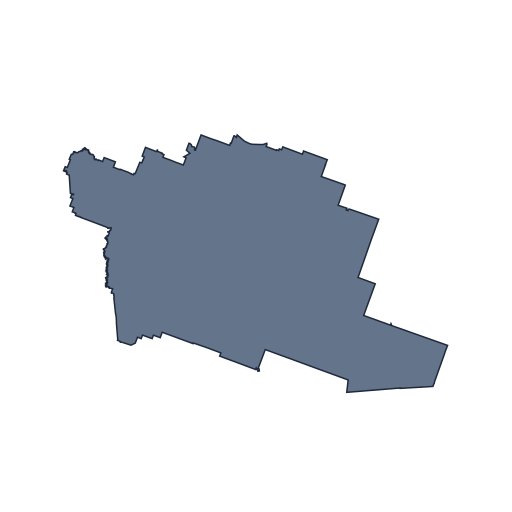 Bland, New South Wales, Australia (Robinson projection), rotated 192°
{"feature_id": "25037944B54195415642362", "entity_name": "Bland", "entity_type": "district", "adm_level": 2, "iso_a3": "AUS", "parent_name": "Australia", "parent_adm1": "New South Wales", "projection": "robinson", "projection_center": [147.412, -33.919], "detail": "fine", "context": "isolated", "style": "filled", "palette": "slate", "viewbox_px": 512, "rotation_deg": 192, "n_neighbors": 0, "source": "geoboundaries", "source_scale": "gbopen_adm2", "svg_char_len": 6077}
<svg xmlns="http://www.w3.org/2000/svg" viewBox="0 0 512 512"><g transform="rotate(192 256 256)"><path d="M55.8,165.2L55.5,167.5L55.2,168.3L55.2,170.3L51.5,197.8L51.0,202.2L50.0,208.4L109.4,216.2L109.3,217.2L109.9,217.9L110.1,216.3L138.3,220.2L133.6,253.6L151.7,256.2L146.7,295.6L143.6,317.5L174.2,321.3L174.8,321.2L175.3,320.9L175.5,320.3L175.6,319.5L177.3,319.8L177.0,321.6L186.2,322.7L183.4,343.9L184.1,344.1L208.7,347.3L207.0,359.5L207.2,359.4L206.3,365.0L231.3,368.6L231.8,365.2L252.5,368.3L253.0,365.3L255.5,365.6L255.7,363.9L257.9,364.2L258.0,363.6L268.9,365.2L268.5,367.6L268.9,368.5L271.8,366.8L273.1,366.3L281.7,364.7L283.7,364.5L285.3,364.5L291.1,365.9L299.6,370.5L299.8,367.9L301.9,369.1L302.6,368.9L303.7,361.0L304.5,361.1L304.8,358.7L318.2,360.7L324.6,361.4L334.9,363.0L337.3,346.9L337.5,346.8L338.2,346.9L338.2,348.5L338.9,349.7L341.7,349.7L342.0,350.8L342.3,351.3L343.7,352.2L345.0,352.4L346.1,345.0L342.0,342.7L347.2,338.0L344.8,337.5L346.0,329.9L354.5,331.1L360.1,332.1L367.5,333.1L367.1,336.1L369.4,336.5L369.3,337.1L373.6,337.8L374.3,338.5L374.4,339.2L374.6,339.2L375.0,337.4L386.7,339.3L388.1,330.0L385.9,329.6L386.4,326.4L386.6,326.5L387.1,323.3L389.1,323.5L391.3,311.4L391.5,311.2L392.5,311.4L392.9,309.9L395.0,310.2L395.0,310.6L397.2,310.9L397.6,311.2L406.9,312.6L407.0,312.1L413.9,313.2L413.1,318.9L425.0,320.7L425.7,316.5L429.9,317.2L430.0,316.7L432.1,317.1L432.1,317.4L432.5,317.6L432.7,317.4L432.8,317.1L433.6,316.7L433.8,317.4L434.3,317.3L434.6,317.5L434.5,317.9L434.9,318.9L434.6,319.4L434.8,319.8L435.2,319.8L435.7,320.1L436.1,321.0L436.9,321.4L438.0,321.0L438.8,321.1L439.0,321.5L439.5,321.3L439.7,321.5L440.0,321.5L440.3,321.7L440.0,322.3L440.3,322.7L440.6,322.7L440.7,322.2L440.9,322.1L441.6,323.1L441.6,323.4L441.3,323.6L441.5,324.1L441.9,324.3L441.7,324.6L441.9,324.9L442.4,324.8L442.9,324.9L443.0,324.6L443.6,324.6L443.5,325.0L443.9,325.0L444.3,324.8L444.4,325.3L444.6,325.2L444.5,325.4L445.0,325.6L445.5,326.2L445.8,326.0L446.2,326.1L446.1,325.5L446.6,325.3L446.3,324.9L446.5,324.4L447.0,324.5L447.1,324.0L447.6,324.1L447.4,323.7L447.6,323.5L447.6,323.0L447.9,323.2L448.1,322.9L448.5,323.0L449.0,322.7L449.1,322.1L449.5,322.0L449.8,321.6L450.6,321.5L451.1,321.1L451.4,320.5L452.4,319.8L453.3,319.7L453.9,320.1L454.5,320.2L454.6,319.5L454.8,319.4L455.2,319.6L455.2,320.0L455.4,320.3L456.0,320.2L456.4,317.3L457.8,317.1L458.8,311.8L457.6,311.6L459.0,303.4L461.2,303.7L462.0,299.3L460.4,299.0L460.2,300.0L459.2,299.8L459.4,298.8L458.1,298.6L458.4,296.8L455.5,296.2L450.6,278.8L447.3,278.5L447.5,277.8L449.1,278.0L449.6,274.5L447.1,274.1L448.4,266.2L444.2,265.6L444.9,261.0L441.6,260.5L441.7,260.1L440.8,259.9L441.0,258.2L437.5,257.6L437.5,257.9L435.6,257.6L435.6,257.3L407.1,253.0L406.7,252.3L405.4,252.7L405.5,252.9L403.6,253.5L403.4,252.0L403.8,251.5L403.5,251.3L403.5,251.0L404.5,250.2L404.4,249.7L404.8,249.5L404.8,249.0L405.9,248.9L405.8,248.5L404.8,248.4L404.3,247.8L404.4,246.9L404.8,246.4L404.7,246.0L404.8,245.4L405.0,245.0L405.6,244.9L405.1,244.4L405.8,244.0L405.9,243.4L406.8,243.3L406.7,242.5L406.8,242.3L407.4,242.1L407.2,241.8L406.6,241.6L406.4,242.1L406.2,242.2L405.9,241.8L406.0,241.2L405.8,241.2L405.3,241.8L404.9,241.7L404.8,240.6L405.1,240.1L404.9,239.8L404.4,239.9L403.6,238.3L403.7,237.5L404.3,237.2L404.2,236.9L403.8,236.5L404.1,236.2L404.0,235.5L404.4,235.1L404.3,234.4L404.6,234.1L404.6,233.6L404.3,233.3L404.7,233.0L405.1,232.2L405.7,232.1L406.0,231.5L406.6,231.4L406.8,231.0L406.6,230.5L406.2,230.5L405.7,230.2L405.5,229.7L404.7,229.2L404.9,228.8L404.9,228.4L405.0,228.2L405.7,228.2L405.8,228.0L405.7,227.7L405.2,227.6L404.8,226.9L405.3,226.3L405.1,225.9L404.8,225.9L404.6,225.6L404.9,224.7L404.7,224.6L403.9,224.8L403.7,224.4L404.4,224.1L404.3,223.8L403.9,223.5L402.9,223.3L402.6,223.7L402.4,223.5L402.5,223.2L403.1,222.7L402.7,222.4L402.5,221.7L402.2,221.6L402.0,221.9L402.4,222.3L401.9,222.5L401.6,222.8L401.2,222.7L401.3,223.1L399.9,223.0L399.9,222.5L399.4,222.4L399.5,221.9L399.4,221.7L400.1,221.4L400.0,221.0L399.8,221.0L399.8,220.7L400.2,220.6L400.5,220.3L400.0,220.2L400.3,219.7L400.1,219.4L399.6,219.7L399.5,219.2L399.8,219.0L400.6,219.0L400.7,218.5L400.3,217.8L400.6,217.3L400.2,217.2L399.8,217.6L399.6,217.6L399.5,216.9L399.9,217.0L400.1,216.7L399.3,216.4L399.9,215.9L399.7,215.5L399.7,214.9L399.1,215.4L398.9,215.2L399.1,214.7L399.5,214.3L399.8,214.7L400.0,214.5L399.9,214.1L399.6,214.0L399.4,213.4L400.0,213.4L400.0,213.1L399.1,213.1L399.4,212.5L398.9,212.1L399.5,211.4L399.0,211.2L399.7,210.8L399.4,210.6L398.7,210.8L399.0,210.0L398.4,210.1L398.2,209.8L399.0,209.3L398.7,209.2L398.4,209.5L398.0,209.5L397.8,209.0L397.8,208.6L397.4,208.2L397.6,208.0L398.2,208.1L398.0,207.5L398.3,206.9L397.6,206.8L397.2,207.1L397.3,206.4L396.7,206.4L396.5,206.2L397.3,205.3L396.8,204.9L397.3,204.5L396.9,204.2L397.3,203.7L397.3,203.0L397.9,203.1L398.4,203.6L398.6,203.6L398.6,203.3L397.9,202.6L397.2,202.3L397.2,201.8L397.6,201.5L397.5,201.2L396.7,201.4L396.7,202.1L396.2,201.9L396.1,201.5L396.9,200.7L396.9,200.3L396.8,200.0L396.2,199.8L396.0,199.5L395.5,199.3L395.6,198.6L395.9,198.2L396.2,198.2L396.8,198.7L397.5,198.1L397.4,197.9L396.5,197.7L396.2,197.1L395.8,196.9L396.1,196.3L396.5,196.2L397.0,196.5L397.2,196.4L397.2,196.1L396.4,195.5L396.0,195.4L396.0,195.2L396.6,194.9L396.3,194.5L395.9,194.5L395.1,195.3L394.5,195.7L394.2,195.5L394.1,195.0L393.8,194.6L393.6,194.7L393.6,195.2L393.2,195.3L393.0,195.1L393.1,194.3L392.8,194.0L390.1,194.3L389.4,194.1L389.7,192.8L389.7,191.6L389.9,190.9L389.9,189.9L389.5,189.6L388.9,189.9L388.6,189.9L387.0,189.1L387.0,187.9L386.3,187.0L386.4,185.7L381.4,170.4L380.3,168.0L379.1,163.7L378.5,161.0L373.8,145.3L373.9,144.7L371.5,144.4L370.9,143.5L370.4,143.5L370.1,143.8L369.7,143.8L359.7,142.8L356.0,145.7L355.0,151.9L351.1,151.3L350.6,155.0L340.4,153.6L339.9,157.2L332.7,156.2L331.9,161.9L299.4,157.2L299.4,157.8L298.6,157.8L285.5,156.2L270.2,153.9L270.7,150.5L232.8,144.9L232.5,146.5L230.8,144.6L230.3,143.7L228.8,144.2L229.6,146.3L230.5,146.4L227.5,166.4L140.1,153.9L138.9,141.5L87.4,156.9L87.4,156.5L55.8,165.2Z" fill="#64748b" stroke="#1e293b" stroke-width="1.5"/></g></svg>